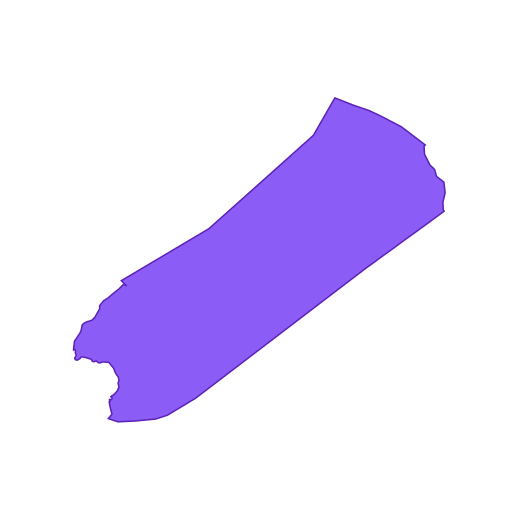 San Martín Toxpalan, Oaxaca, Mexico, rotated 347°
{"feature_id": "50627088B90534025673228", "entity_name": "San Martín Toxpalan", "entity_type": "district", "adm_level": 2, "iso_a3": "MEX", "parent_name": "Mexico", "parent_adm1": "Oaxaca", "projection": "mercator", "projection_center": [-97.067, 18.11], "detail": "fine", "context": "isolated", "style": "filled", "palette": "violet", "viewbox_px": 512, "rotation_deg": 347, "n_neighbors": 0, "source": "geoboundaries", "source_scale": "gbopen_adm2", "svg_char_len": 2208}
<svg xmlns="http://www.w3.org/2000/svg" viewBox="0 0 512 512"><g transform="rotate(347 256 256)"><path d="M449.4,254.7L448.9,252.8L449.4,250.3L450.2,245.7L451.0,244.1L454.5,237.0L455.7,226.3L450.8,220.3L449.8,218.9L449.5,211.9L446.0,206.5L443.1,194.8L444.0,189.2L444.6,186.7L445.9,185.9L426.8,162.9L409.3,147.9L399.3,140.0L384.4,130.7L368.4,119.7L339.1,151.3L305.7,169.7L216.2,218.8L158.5,237.2L127.8,247.0L127.2,247.2L126.1,247.5L123.5,248.4L119.2,249.7L123.2,256.2L121.8,254.5L121.6,254.2L121.3,253.9L119.8,254.2L115.0,257.3L109.4,259.9L109.2,260.0L104.2,262.6L102.4,263.6L97.6,265.2L93.1,268.7L92.4,269.3L91.8,272.3L90.0,274.2L88.0,276.4L84.6,280.1L84.1,280.0L83.9,280.2L83.2,280.7L82.7,281.1L82.3,281.4L81.6,281.6L80.9,281.7L79.1,281.9L78.6,282.0L76.7,282.0L73.8,282.6L71.2,284.0L70.1,286.4L68.9,289.1L68.3,289.9L67.2,291.4L65.8,292.8L65.4,293.1L61.7,296.6L60.9,297.3L59.9,298.3L57.1,306.3L57.1,306.5L57.9,306.2L58.2,306.2L58.7,307.0L58.9,307.2L58.1,309.8L58.2,310.4L58.5,312.2L58.2,312.8L57.1,313.9L56.3,314.6L56.6,316.1L57.3,316.9L58.6,317.3L59.7,316.9L61.5,316.3L62.5,315.4L63.2,314.9L63.7,315.0L65.4,315.8L68.8,317.5L70.9,318.9L71.7,319.1L72.5,320.0L72.6,320.3L72.7,321.6L73.7,322.3L74.3,322.6L76.6,322.3L76.9,322.4L78.3,324.4L78.7,324.7L80.0,325.1L82.4,324.7L82.9,324.7L87.6,326.2L88.5,326.5L88.8,326.8L92.1,333.6L92.7,338.2L93.5,340.4L94.2,342.1L94.5,343.0L94.6,345.2L94.3,346.8L94.2,347.1L94.0,347.3L93.1,348.5L92.9,352.6L92.8,353.5L92.7,353.5L92.1,354.0L91.3,354.9L91.3,355.0L91.0,355.7L88.2,357.9L86.9,358.8L86.6,358.9L85.4,359.3L85.1,359.7L85.0,359.8L83.8,359.9L83.7,359.9L82.9,360.5L83.0,360.7L83.7,361.5L83.8,361.9L83.5,362.7L83.2,363.1L82.8,363.3L81.4,362.9L81.1,362.8L80.9,362.9L80.7,363.2L81.3,364.1L81.2,364.7L80.9,364.8L80.2,365.0L79.9,367.7L80.0,377.7L75.5,381.2L84.1,386.5L101.1,389.6L121.5,392.3L133.9,391.2L135.9,390.5L136.0,390.5L141.9,388.6L143.3,388.1L148.3,386.5L149.4,386.1L149.8,386.0L153.9,384.7L157.2,383.6L159.5,382.8L164.7,381.2L289.5,324.7L307.8,316.4L357.3,294.0L361.3,292.2L368.5,289.2L374.5,286.6L380.4,284.1L383.0,283.0L388.8,280.6L399.4,276.0L404.3,273.9L411.0,271.1L434.1,261.3L435.8,260.5L449.4,254.7Z" fill="#8b5cf6" stroke="#5b21b6" stroke-width="1.5"/></g></svg>